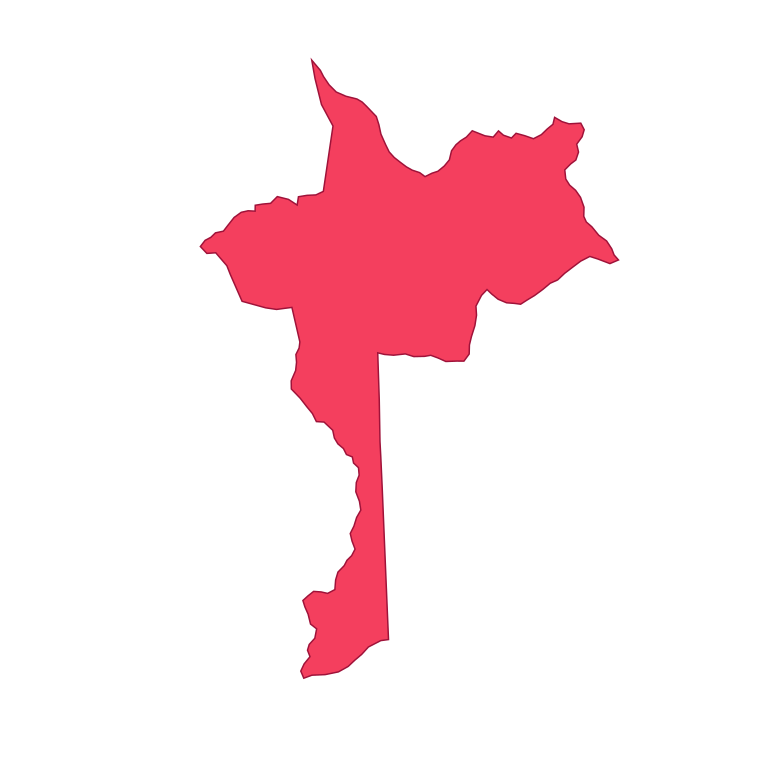 outline of Goianira, Goiás, Brazil, rotated 281°
{"feature_id": "56859067B49274736539809", "entity_name": "Goianira", "entity_type": "district", "adm_level": 2, "iso_a3": "BRA", "parent_name": "Brazil", "parent_adm1": "Goiás", "projection": "orthographic", "projection_center": [-49.441, -16.501], "detail": "fine", "context": "isolated", "style": "filled", "palette": "rose", "viewbox_px": 768, "rotation_deg": 281, "n_neighbors": 0, "source": "geoboundaries", "source_scale": "gbopen_adm2", "svg_char_len": 2553}
<svg xmlns="http://www.w3.org/2000/svg" viewBox="0 0 768 768"><g transform="rotate(281 384 384)"><path d="M483.9,177.5L478.4,185.2L480.7,193.8L470.1,207.2L462.1,212.3L438.1,228.9L436.2,253.3L436.7,264.3L439.6,272.9L441.6,279.0L409.2,293.4L403.1,293.8L396.1,291.9L388.6,294.0L380.4,294.7L369.4,292.3L361.4,294.0L357.9,299.0L354.1,304.4L347.1,312.4L341.3,319.4L334.2,324.8L335.2,332.4L328.8,342.5L321.5,345.6L316.4,350.2L312.9,356.5L307.6,360.6L306.4,366.8L300.6,369.2L297.0,374.9L289.8,377.0L282.0,375.6L272.8,376.9L264.1,382.3L255.8,385.3L247.8,382.6L238.7,381.6L230.8,379.4L223.7,382.6L216.4,387.1L209.3,385.0L203.9,381.3L198.1,379.6L190.6,374.7L182.4,373.9L172.8,375.0L167.7,368.6L167.9,362.0L167.0,354.5L161.5,349.8L156.0,345.7L150.1,348.9L143.6,353.4L134.3,357.7L130.8,364.6L121.2,364.6L114.1,360.3L108.1,359.7L102.2,363.4L94.0,359.0L86.3,357.1L79.9,361.4L84.4,368.8L87.5,381.7L92.7,394.2L100.0,402.8L107.0,407.8L114.5,413.8L122.9,418.9L131.5,429.8L134.0,437.2L166.7,429.4L280.7,402.3L312.5,394.6L326.9,391.0L367.9,382.3L413.4,371.9L413.1,378.9L414.1,387.9L417.6,399.2L416.6,408.0L418.9,418.6L421.1,424.4L419.9,431.8L417.9,440.4L420.4,451.1L421.7,458.1L429.7,461.9L438.7,460.4L447.3,460.8L458.6,462.1L469.2,461.7L478.0,459.4L489.6,462.8L496.4,467.1L492.9,472.5L489.0,479.8L487.1,488.8L488.0,496.5L488.4,502.9L493.5,508.2L499.9,515.2L507.2,521.9L514.6,527.9L519.3,534.6L527.1,540.2L534.1,546.4L542.2,553.7L548.5,561.7L547.5,570.1L545.3,582.8L550.5,590.5L554.6,585.2L560.1,581.8L566.9,575.2L571.0,566.4L578.0,558.0L581.6,551.7L586.7,548.1L595.7,546.6L604.7,541.3L610.7,535.1L614.6,528.3L619.9,523.3L628.7,520.6L635.7,525.3L640.5,529.6L648.8,530.7L656.2,527.4L664.5,531.3L671.8,532.0L677.6,527.4L674.7,516.0L675.5,508.7L678.3,500.6L671.2,500.3L665.5,495.6L658.8,490.9L653.3,483.9L654.6,474.8L655.3,465.8L649.8,462.2L651.0,453.8L654.3,448.1L647.2,444.1L646.9,435.7L649.4,422.3L642.1,417.8L637.3,412.7L632.6,409.0L625.8,405.8L616.5,405.4L609.5,401.6L603.1,396.3L600.1,390.9L595.4,384.7L598.3,378.7L599.3,370.9L601.4,364.6L605.0,357.2L608.3,350.8L612.8,344.8L619.4,339.8L628.7,333.3L637.6,329.5L645.1,325.4L653.1,314.1L656.6,308.8L658.6,303.1L659.2,291.7L661.5,281.4L667.2,273.0L674.2,266.0L679.7,261.7L688.1,251.3L670.7,258.0L646.4,269.3L627.5,284.7L561.5,287.7L556.6,281.0L554.5,272.4L551.5,264.3L543.1,264.6L547.0,255.0L547.6,243.5L539.7,238.2L537.5,230.6L534.9,223.5L529.1,224.5L528.1,217.5L525.3,211.1L518.9,205.1L509.8,200.4L503.4,197.2L500.2,189.7L495.0,186.1L490.9,181.0L483.9,177.5Z" fill="#f43f5e" stroke="#9f1239" stroke-width="1.5"/></g></svg>